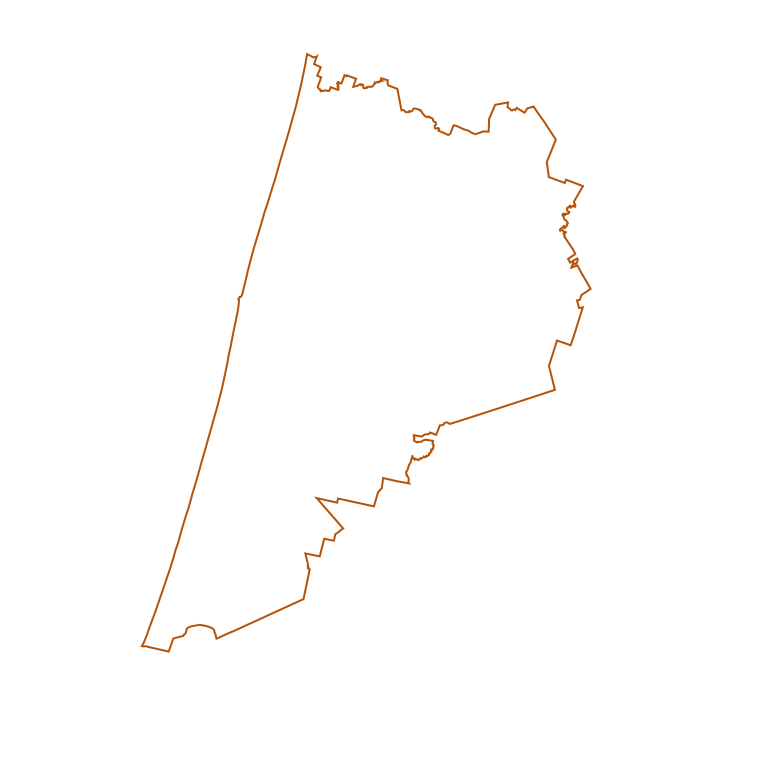 outline of Soto la Marina, Tamaulipas, Mexico, rotated 192°
{"feature_id": "50627088B15970916420519", "entity_name": "Soto la Marina", "entity_type": "district", "adm_level": 2, "iso_a3": "MEX", "parent_name": "Mexico", "parent_adm1": "Tamaulipas", "projection": "robinson", "projection_center": [-98.042, 23.876], "detail": "fine", "context": "isolated", "style": "outline", "palette": "amber", "viewbox_px": 768, "rotation_deg": 192, "n_neighbors": 0, "source": "geoboundaries", "source_scale": "gbopen_adm2", "svg_char_len": 6124}
<svg xmlns="http://www.w3.org/2000/svg" viewBox="0 0 768 768"><g transform="rotate(192 384 384)"><path d="M333.3,680.2L336.3,665.1L334.1,652.6L339.4,651.7L346.5,647.3L351.0,648.1L353.7,649.3L358.8,649.7L367.1,651.6L369.7,651.5L371.2,642.7L372.4,641.2L373.8,641.0L376.1,641.7L383.5,643.1L383.0,644.9L383.8,645.6L384.1,645.7L384.7,645.5L385.7,644.8L386.7,644.6L387.1,644.7L387.5,645.1L388.1,646.6L388.1,647.0L387.2,648.2L387.3,649.3L387.5,650.0L388.3,650.9L389.6,651.0L390.5,651.6L391.2,653.3L391.6,653.6L392.1,653.9L393.3,653.8L394.9,654.8L395.3,654.9L395.7,654.9L396.1,654.3L396.4,654.2L397.7,654.3L397.7,654.1L399.8,654.6L400.6,655.3L402.6,656.8L405.3,659.6L405.9,659.2L406.2,659.5L406.9,659.7L407.7,659.6L408.8,659.9L410.1,659.8L411.8,659.9L412.5,659.2L413.2,657.2L414.0,656.3L414.3,656.0L415.6,656.3L416.0,656.2L416.3,656.0L416.1,655.3L416.2,655.1L419.3,654.4L419.8,654.7L420.7,655.6L421.6,655.9L422.6,655.7L423.8,655.3L432.3,675.5L442.1,677.0L443.3,679.8L443.5,680.5L443.5,681.9L450.3,682.5L450.4,680.2L449.1,680.0L451.2,679.0L451.4,678.9L451.6,678.1L452.8,678.3L453.1,677.8L454.2,677.6L454.5,677.3L454.9,676.3L455.4,676.0L455.7,676.3L455.7,675.6L455.9,675.0L456.2,674.8L456.3,674.2L457.2,672.5L458.7,672.1L459.3,671.7L459.9,671.8L460.6,671.6L461.5,671.2L462.3,670.1L462.5,670.0L462.8,670.4L463.3,669.9L464.9,669.0L465.8,669.4L466.1,670.2L466.1,671.0L466.7,672.2L467.6,672.3L468.3,671.7L468.6,672.4L469.6,672.3L470.1,671.7L470.8,671.4L471.8,670.1L475.9,668.3L474.8,676.7L484.5,678.2L484.7,677.2L486.8,677.8L488.1,669.1L492.0,669.8L492.3,668.0L490.9,667.7L491.3,665.3L490.2,665.1L490.4,663.8L490.1,663.7L489.8,662.4L490.8,662.1L497.8,663.3L498.4,659.5L499.2,659.4L499.9,658.9L501.8,659.2L502.6,658.8L503.2,658.7L504.3,658.0L505.4,658.0L506.0,657.4L506.8,657.2L507.1,657.6L507.1,658.3L507.4,658.5L507.6,658.9L508.6,658.9L510.6,660.7L509.2,670.9L513.4,671.7L511.7,680.7L518.9,682.4L517.9,690.1L518.3,689.6L519.3,689.7L520.8,688.8L521.3,688.7L523.5,689.6L527.8,690.7L527.4,680.0L527.3,660.4L527.9,636.9L528.7,624.8L529.5,610.8L532.0,579.5L532.7,568.1L533.3,559.8L534.1,552.3L535.4,537.2L536.6,526.9L537.3,516.3L539.6,489.1L540.7,467.5L540.8,459.6L541.3,442.6L541.7,440.3L542.4,439.3L543.2,439.3L543.3,439.1L543.1,438.8L544.2,436.8L543.2,436.0L542.5,429.7L542.2,424.1L542.1,404.5L541.8,387.6L541.9,380.3L541.6,372.7L541.5,360.4L541.6,344.3L542.3,328.4L545.2,283.8L546.4,267.2L546.5,264.0L547.5,249.4L548.7,235.5L548.7,233.5L549.5,221.6L550.4,213.6L551.6,199.3L552.4,185.5L553.4,178.3L553.7,171.9L554.8,159.4L560.3,113.7L562.5,99.1L563.8,88.8L565.3,80.5L566.3,77.3L564.7,77.3L563.2,77.9L562.1,78.0L559.2,77.8L539.0,77.5L537.2,90.8L536.8,91.4L535.0,92.4L527.9,95.9L527.7,96.3L527.8,96.8L527.6,97.3L526.6,98.1L526.3,98.7L526.0,103.1L525.8,103.8L525.2,104.8L522.5,106.7L514.3,110.1L509.1,110.3L505.2,110.1L501.9,109.6L500.4,108.9L499.3,108.3L498.7,107.6L498.1,105.7L497.5,105.1L496.9,104.0L496.5,103.7L495.9,102.0L494.9,100.1L483.5,108.5L482.7,108.8L482.1,109.6L481.1,110.0L418.0,156.9L418.1,187.0L418.2,187.3L418.5,187.4L419.0,188.1L419.9,187.7L420.0,187.8L420.0,188.4L420.3,189.0L420.2,189.5L420.8,190.0L420.5,191.0L425.7,201.9L411.0,202.0L410.3,220.2L400.4,220.3L400.4,226.8L393.9,234.2L426.1,258.4L405.2,258.2L405.1,262.4L368.4,262.2L367.3,276.9L364.5,281.7L365.3,291.8L350.9,291.6L338.8,292.0L339.3,292.4L339.8,293.0L339.7,294.5L340.1,296.4L342.1,299.1L342.7,299.1L343.0,299.3L343.1,299.6L343.0,300.3L344.2,302.1L343.1,304.9L342.7,310.2L341.8,312.0L341.6,313.1L341.7,315.9L341.1,316.6L341.4,319.3L341.2,319.4L340.5,318.0L339.2,317.3L338.4,316.5L338.1,317.5L335.0,316.8L334.2,316.9L333.7,317.5L333.7,318.1L333.1,318.9L332.5,319.1L332.0,318.9L331.7,319.4L330.2,320.5L330.0,321.2L329.4,320.8L329.2,321.0L327.8,321.3L327.5,321.7L327.8,322.3L327.5,322.7L327.3,322.8L327.0,322.6L326.1,322.9L325.4,323.7L325.3,324.3L325.7,325.2L325.7,325.5L324.5,326.0L324.1,326.9L323.5,327.5L323.6,327.9L324.3,328.4L324.4,329.1L324.0,330.0L322.7,330.2L322.6,331.3L322.8,331.9L322.5,334.1L322.8,334.7L323.5,334.8L324.0,335.4L323.9,336.3L324.1,336.5L324.2,338.4L324.4,338.4L324.6,338.6L324.8,338.5L331.6,338.2L334.2,336.8L335.2,335.4L338.5,334.5L339.4,333.8L340.0,333.7L341.0,334.3L342.5,334.6L342.6,335.0L343.2,335.5L343.2,335.9L342.8,337.3L344.1,339.1L344.3,339.8L344.1,340.1L343.6,340.4L343.2,340.2L336.2,340.4L333.7,343.1L329.8,344.3L329.0,346.1L322.4,345.2L321.3,351.7L320.9,355.1L319.8,355.3L317.6,356.4L317.0,357.3L316.9,358.1L316.5,358.7L315.6,359.2L313.9,359.5L311.2,358.6L281.7,375.5L215.6,413.8L226.4,436.0L223.8,462.5L209.5,460.7L207.9,474.4L205.5,500.3L209.0,498.9L212.6,505.9L210.1,506.9L209.4,512.0L201.7,520.0L207.1,526.1L214.2,533.9L219.4,540.2L224.9,536.8L224.0,542.0L223.7,541.7L223.7,540.7L223.4,540.5L223.2,540.6L222.6,541.4L221.6,541.4L221.1,541.8L220.9,542.1L220.8,543.0L220.4,543.2L220.2,545.7L221.1,547.0L227.2,541.5L228.6,543.1L230.0,544.6L223.9,550.9L227.0,554.8L238.3,565.8L238.1,566.0L238.0,566.5L238.3,567.3L239.2,567.9L239.7,568.6L239.7,569.0L239.4,569.4L237.7,569.7L237.6,570.2L238.1,570.5L239.5,570.5L240.1,570.7L241.1,571.4L241.8,571.5L242.4,571.3L243.1,570.7L243.6,570.6L243.9,570.9L243.9,571.5L243.8,571.9L241.5,574.7L241.1,576.0L240.6,576.0L240.2,575.7L240.2,574.2L239.8,574.0L239.6,574.2L238.4,576.0L238.0,577.0L238.3,577.9L238.2,578.7L237.7,579.0L237.6,579.7L238.1,580.3L240.1,581.9L241.3,582.2L241.9,582.6L242.6,584.3L243.4,585.3L244.5,586.0L244.7,586.7L244.4,587.4L244.0,587.9L243.6,588.0L243.0,587.6L242.6,587.0L242.2,586.9L241.8,587.2L241.7,588.2L241.4,588.6L240.5,588.4L239.7,588.6L238.3,590.2L238.4,590.7L238.9,591.0L239.7,591.1L240.5,591.4L240.9,591.7L241.0,592.5L241.6,593.6L241.4,594.5L241.2,594.7L240.4,594.8L239.9,596.2L239.2,596.9L238.8,597.1L238.5,597.0L238.2,596.7L238.3,595.4L238.0,595.2L237.6,595.6L237.4,596.2L235.5,598.1L235.1,598.1L234.5,596.9L233.9,597.1L233.7,597.6L234.4,599.6L235.9,600.9L236.0,602.3L230.5,618.9L248.4,621.7L249.0,618.2L265.8,620.7L270.9,635.0L266.7,658.7L280.3,672.3L295.5,686.5L301.0,683.4L303.0,678.6L311.6,681.7L312.5,679.2L313.7,679.6L314.7,679.2L315.6,678.2L316.2,678.1L320.8,680.7L321.2,685.2L333.3,680.2Z" fill="none" stroke="#b45309" stroke-width="2"/></g></svg>